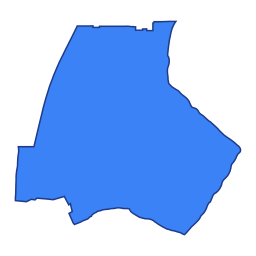 Mosman Park, Western Australia, Australia
{"feature_id": "25037944B67942507441975", "entity_name": "Mosman Park", "entity_type": "district", "adm_level": 2, "iso_a3": "AUS", "parent_name": "Australia", "parent_adm1": "Western Australia", "projection": "equal_earth", "projection_center": [115.768, -32.014], "detail": "fine", "context": "isolated", "style": "filled", "palette": "blue", "viewbox_px": 256, "rotation_deg": 0, "n_neighbors": 0, "source": "geoboundaries", "source_scale": "gbopen_adm2", "svg_char_len": 3340}
<svg xmlns="http://www.w3.org/2000/svg" viewBox="0 0 256 256"><path d="M18.3,146.7L18.6,149.1L18.7,151.7L18.3,154.3L17.8,158.4L17.6,162.4L17.5,166.1L16.6,171.1L16.2,174.7L16.1,176.9L16.1,179.7L16.0,182.7L15.9,186.2L15.8,190.5L15.7,194.1L15.4,197.6L15.4,200.6L22.5,201.3L26.4,201.7L30.9,199.5L31.3,199.3L35.0,199.9L35.8,199.1L37.0,198.1L40.9,198.5L45.7,198.9L48.9,199.2L51.1,199.5L52.8,199.6L53.3,199.7L55.6,199.0L57.5,198.4L58.5,198.1L59.6,197.8L61.4,197.3L63.2,196.8L64.3,196.4L68.8,204.9L70.4,203.7L72.2,211.6L69.0,213.4L73.2,223.0L74.5,224.5L74.8,224.3L78.0,223.1L80.5,222.1L82.7,220.9L87.5,219.0L88.6,218.2L90.0,216.8L91.5,216.2L91.7,215.2L93.9,213.4L95.0,212.8L96.4,212.2L97.5,211.3L99.0,211.0L101.0,210.5L102.4,209.9L104.2,209.6L106.5,209.3L107.7,209.3L108.9,209.1L110.1,208.8L111.6,208.6L114.7,208.4L116.6,207.9L118.3,207.8L120.2,207.9L122.7,208.4L125.0,208.6L126.9,208.5L129.3,208.9L129.4,209.0L129.8,209.8L130.6,211.3L132.3,212.8L135.7,215.0L139.2,217.1L141.8,217.9L145.0,218.7L146.9,218.8L149.4,219.0L151.1,219.5L153.3,220.5L154.6,221.7L155.3,222.1L155.8,222.4L157.8,223.9L161.3,226.0L163.4,227.2L165.2,228.1L166.9,229.0L169.0,229.5L170.4,230.0L171.5,230.4L174.8,231.0L177.5,231.9L180.0,232.5L182.3,233.7L183.0,234.1L184.5,234.6L185.7,233.5L191.8,226.5L193.4,225.1L197.4,221.2L199.5,218.7L201.0,215.8L203.3,213.4L204.0,212.7L205.3,210.6L206.4,208.4L207.4,205.4L208.9,202.9L209.7,202.3L209.9,202.2L210.0,202.1L210.4,201.8L212.9,195.6L214.2,193.7L215.8,192.9L218.1,190.8L219.7,188.7L221.4,185.4L222.1,182.4L223.4,180.0L225.1,178.4L225.3,178.2L225.5,178.0L225.8,177.7L227.6,175.7L228.8,173.7L230.0,171.2L230.4,169.6L230.5,169.4L230.8,168.3L231.0,166.8L231.4,165.0L232.1,163.7L232.9,162.8L234.1,161.3L235.0,159.9L235.9,158.2L236.5,156.6L237.8,154.2L238.6,153.4L239.5,152.6L240.3,151.6L240.6,149.9L240.2,148.3L238.7,146.2L236.7,144.7L235.4,143.4L233.0,141.4L229.0,138.5L227.8,137.8L226.7,137.0L224.2,135.2L222.1,133.2L219.7,130.9L217.9,128.8L213.9,125.0L212.6,123.9L210.3,121.8L208.5,120.7L207.6,119.8L206.3,118.7L203.3,115.9L200.2,113.8L199.1,112.6L197.9,110.3L196.0,108.6L193.6,107.8L191.8,107.1L190.5,104.7L189.9,103.4L189.3,101.9L189.2,101.5L187.1,98.7L184.9,96.8L182.1,94.7L180.6,93.3L178.6,91.0L175.1,88.9L171.8,86.7L170.3,85.1L169.1,84.0L168.6,82.9L168.0,79.3L168.0,77.4L167.8,75.8L167.5,73.6L167.4,71.2L167.5,68.7L167.9,67.2L168.1,66.6L168.8,64.6L169.2,62.5L169.2,60.1L169.1,58.9L168.6,57.1L168.0,56.3L167.7,55.5L167.7,55.0L167.7,53.6L168.0,51.2L168.2,48.7L168.7,45.1L169.2,41.6L169.4,40.0L170.1,36.9L170.9,32.8L171.8,29.4L171.9,29.2L172.2,28.3L172.6,27.5L173.3,25.6L174.9,22.8L175.9,21.4L170.4,21.4L169.7,21.4L161.5,21.7L154.1,21.7L154.1,22.0L154.0,22.3L153.9,22.4L153.8,22.7L153.7,22.8L153.4,23.0L153.1,23.1L152.9,23.1L152.9,30.6L146.7,30.6L146.7,28.9L142.6,29.0L142.6,30.2L135.6,30.2L135.6,26.8L133.3,26.8L133.3,26.6L130.9,26.6L130.2,26.5L129.4,26.3L126.3,26.2L125.3,26.3L110.4,26.3L109.6,26.3L108.9,26.3L99.5,26.3L99.5,27.4L93.0,27.4L93.0,25.9L89.3,26.0L88.5,26.0L87.8,26.0L85.0,26.0L82.5,26.0L77.2,26.0L76.9,26.8L73.7,33.3L69.7,41.3L65.6,49.4L59.8,61.2L59.4,61.9L59.0,62.9L56.2,69.3L54.4,73.7L54.1,74.2L52.7,78.1L50.3,84.3L49.4,86.7L48.5,89.8L47.3,93.6L45.4,99.8L45.2,100.7L43.4,107.1L41.7,114.3L39.1,124.9L34.3,145.1L34.0,146.7L25.0,146.7L21.8,146.7L18.3,146.7Z" fill="#3b82f6" stroke="#1e3a8a" stroke-width="1.5"/></svg>